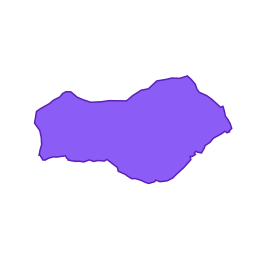 outline of Galataria, Paphos, Cyprus, rotated 128°
{"feature_id": "46923920B41083986579295", "entity_name": "Galataria", "entity_type": "district", "adm_level": 2, "iso_a3": "CYP", "parent_name": "Cyprus", "parent_adm1": "Paphos", "projection": "albers", "projection_center": [32.643, 34.865], "detail": "fine", "context": "isolated", "style": "filled", "palette": "violet", "viewbox_px": 256, "rotation_deg": 128, "n_neighbors": 0, "source": "geoboundaries", "source_scale": "gbopen_adm2", "svg_char_len": 1343}
<svg xmlns="http://www.w3.org/2000/svg" viewBox="0 0 256 256"><g transform="rotate(128 128 128)"><path d="M189.8,154.9L189.4,154.0L188.7,152.6L186.6,148.8L184.4,146.2L181.9,141.9L177.0,138.9L175.5,134.5L172.0,131.5L168.6,126.3L165.7,125.2L165.7,117.6L165.6,112.2L168.1,109.0L166.2,101.6L166.2,99.2L165.7,93.9L163.2,90.9L161.2,85.5L160.2,81.0L158.9,77.5L153.9,73.9L152.0,74.2L150.6,69.7L147.8,66.9L145.2,64.4L139.6,61.9L135.7,61.5L128.4,60.3L125.2,59.7L120.5,59.4L114.2,59.0L112.2,61.5L111.0,59.9L107.4,58.6L106.8,60.3L104.6,60.2L104.3,58.4L102.4,54.7L97.0,55.5L94.5,56.4L88.3,54.5L83.7,54.5L75.0,50.8L70.9,49.6L70.8,47.0L68.5,45.7L68.3,46.5L64.5,46.0L61.7,50.1L60.0,54.0L58.7,58.6L55.1,62.8L52.5,66.5L54.7,67.9L54.3,72.6L53.8,79.1L54.0,85.7L56.0,93.9L54.9,97.8L52.1,101.9L50.9,107.6L50.4,113.3L57.0,117.8L61.8,124.4L65.9,127.6L73.2,134.3L84.6,136.1L90.1,140.9L99.8,144.3L107.6,145.9L112.4,152.2L118.3,160.0L123.8,165.2L130.6,173.1L133.4,180.8L135.0,186.9L134.7,195.3L137.5,199.2L141.2,200.8L145.5,200.8L151.8,203.8L157.1,204.9L166.9,209.0L169.7,209.8L171.3,210.3L181.7,204.6L184.3,196.0L188.8,190.6L194.3,185.8L199.8,183.6L204.2,181.3L203.6,180.7L205.6,175.4L204.4,173.6L200.7,172.0L196.8,169.2L194.9,166.4L191.8,163.4L188.5,160.2L189.0,158.9L189.6,157.2L189.5,154.8L189.8,154.9Z" fill="#8b5cf6" stroke="#5b21b6" stroke-width="1.5"/></g></svg>